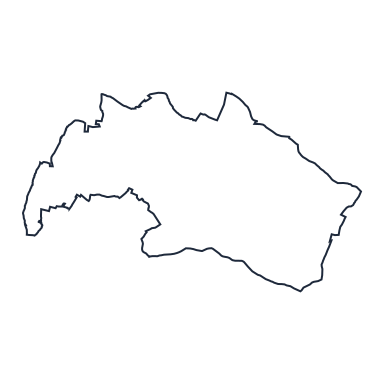 Borsa, Cluj, Romania (Mercator projection)
{"feature_id": "2599482B57968655519822", "entity_name": "Borsa", "entity_type": "district", "adm_level": 2, "iso_a3": "ROU", "parent_name": "Romania", "parent_adm1": "Cluj", "projection": "mercator", "projection_center": [23.623, 46.919], "detail": "fine", "context": "isolated", "style": "outline", "palette": "slate", "viewbox_px": 384, "rotation_deg": 0, "n_neighbors": 0, "source": "geoboundaries", "source_scale": "gbopen_adm2", "svg_char_len": 5904}
<svg xmlns="http://www.w3.org/2000/svg" viewBox="0 0 384 384"><path d="M321.5,279.5L322.2,275.2L322.4,269.0L321.7,266.2L321.6,264.5L322.5,262.5L323.2,260.3L323.5,259.8L324.4,257.4L325.6,255.1L326.6,252.6L327.4,250.5L329.1,246.7L331.5,240.4L330.6,240.5L329.9,241.0L331.7,234.3L334.9,235.1L338.7,234.9L339.4,230.5L340.3,226.8L341.9,224.6L343.9,220.7L344.5,219.1L345.6,217.0L341.0,214.7L343.5,211.3L346.6,207.7L348.7,206.5L351.0,206.4L353.1,205.1L353.8,203.9L354.0,203.2L354.8,202.4L355.6,200.7L356.6,199.7L358.9,196.4L361.0,191.5L356.6,187.0L355.0,186.4L352.2,185.9L351.9,185.7L351.3,184.8L350.2,184.2L348.8,184.0L347.8,183.5L343.4,183.0L337.8,183.1L333.1,180.4L331.9,179.4L329.6,176.5L328.4,175.3L327.8,174.4L325.0,172.3L323.3,170.6L321.7,169.6L319.9,168.2L319.2,167.2L316.8,165.2L315.0,163.4L313.2,162.5L309.2,161.0L305.7,158.6L303.1,157.1L301.8,155.9L300.5,154.4L300.0,153.6L299.1,152.6L298.5,151.4L298.1,149.2L297.8,144.7L296.0,143.6L291.6,139.7L289.2,138.2L289.4,137.0L289.2,136.8L281.3,136.1L277.1,134.7L276.3,134.3L272.4,131.4L266.2,127.3L264.6,125.6L262.9,124.6L260.0,124.1L254.4,123.9L255.5,122.0L256.6,121.5L257.7,121.3L254.3,120.4L253.1,119.7L252.3,118.9L251.1,116.3L250.0,111.9L247.9,107.3L247.2,106.5L245.3,104.9L242.8,101.9L239.3,98.6L236.3,96.5L231.7,93.7L231.4,94.1L229.3,93.4L226.4,92.7L224.0,104.6L217.1,120.3L214.9,119.6L208.8,117.2L205.4,114.7L204.6,114.4L203.9,114.6L202.7,114.4L200.6,113.5L199.7,114.7L195.7,120.7L193.4,119.8L193.1,120.1L192.3,119.1L191.3,118.9L190.6,119.1L188.3,118.1L185.3,117.8L182.9,116.8L181.9,116.6L180.9,115.5L179.1,114.4L178.0,113.2L177.0,112.7L174.3,109.9L173.1,108.4L172.9,108.0L172.9,107.2L172.7,106.7L170.1,103.5L169.5,101.7L168.9,100.8L168.8,99.8L168.3,98.7L167.6,97.8L167.4,96.4L166.9,95.2L165.8,93.8L164.4,93.2L161.6,92.9L158.2,92.8L150.1,94.3L148.1,95.7L150.8,97.9L147.8,100.0L145.6,101.2L144.9,100.4L144.8,100.8L144.3,101.2L144.0,101.2L143.8,100.7L143.7,100.7L142.7,101.9L142.3,102.1L139.3,105.4L140.5,106.3L138.7,107.2L136.9,106.8L135.9,107.0L135.5,107.4L135.5,108.5L134.8,108.4L134.0,108.7L132.3,108.6L131.4,108.9L127.8,107.3L126.1,106.4L124.1,105.9L122.6,105.1L117.5,101.6L113.0,98.2L111.2,97.3L110.6,96.7L107.1,96.1L105.7,95.2L104.0,94.7L102.7,94.1L101.6,94.1L101.5,94.4L101.6,100.2L101.3,102.3L100.2,106.3L100.2,107.0L100.7,109.2L101.2,110.2L102.3,110.9L102.3,111.9L103.1,113.8L103.1,115.2L102.8,116.7L102.1,118.7L101.8,120.6L101.6,121.2L96.3,120.7L95.8,124.1L98.8,124.2L99.7,126.5L92.8,127.1L88.4,126.0L88.0,130.0L87.9,131.6L84.6,131.6L85.2,123.2L83.0,121.7L78.3,120.5L75.4,120.4L75.0,120.5L73.5,121.5L73.3,121.9L72.4,122.5L72.2,122.9L69.9,124.7L69.1,125.0L67.7,126.6L67.1,126.7L67.0,127.4L66.6,127.7L65.9,129.1L66.1,129.8L65.6,130.2L65.3,131.6L64.8,132.2L64.6,133.4L63.8,135.1L63.1,135.5L62.3,135.7L61.4,137.7L60.8,137.5L60.1,140.2L60.4,140.5L59.4,143.5L58.7,144.5L58.0,145.8L56.9,148.0L54.2,153.1L52.9,154.7L51.6,156.8L51.3,157.9L51.3,161.1L52.0,163.2L52.7,166.3L49.9,166.2L49.8,163.5L49.4,163.5L46.9,162.5L44.0,162.0L43.3,162.1L43.0,162.3L41.8,163.6L40.2,162.5L40.1,163.5L39.4,165.6L38.0,168.1L36.7,169.8L36.2,171.0L35.8,172.9L35.0,173.8L34.7,175.0L34.7,175.5L34.3,175.8L34.3,177.0L33.8,177.6L33.8,177.9L33.3,179.0L32.8,180.6L32.9,181.2L32.5,182.8L32.7,183.4L32.5,184.2L32.7,184.8L32.1,185.2L32.0,185.7L31.5,186.3L31.3,187.0L31.2,187.7L30.7,188.2L29.8,190.8L28.7,192.7L28.2,194.1L27.4,195.9L27.2,196.3L26.9,200.0L26.4,201.6L26.3,202.6L25.4,204.4L25.2,205.4L24.8,206.0L24.9,206.9L24.8,208.3L24.2,209.8L23.7,210.8L23.0,213.0L23.1,213.7L23.6,215.7L23.8,218.1L24.8,220.7L24.7,222.9L25.9,225.2L25.2,225.2L26.8,229.8L26.9,233.3L26.8,234.7L29.2,235.0L33.2,235.2L34.6,235.6L35.4,234.8L36.4,234.3L36.5,233.9L38.0,232.2L38.5,231.1L39.9,229.9L40.6,228.8L41.4,228.1L41.8,227.3L41.7,226.8L42.3,225.7L42.3,225.1L42.2,224.9L41.6,224.6L41.5,224.4L41.5,223.1L41.3,222.8L40.6,222.9L39.9,222.4L38.7,222.0L38.7,221.7L39.3,220.9L40.8,221.0L41.1,220.9L41.1,220.6L41.0,219.6L41.2,218.7L41.2,217.4L41.0,217.0L41.0,214.8L41.2,209.2L49.0,211.1L50.1,206.8L55.6,208.2L56.7,206.2L58.5,206.5L61.9,206.5L62.8,204.6L63.4,203.8L63.9,204.0L64.2,203.5L64.9,203.7L63.8,205.4L63.3,206.7L67.1,207.7L67.1,208.0L67.9,208.5L68.5,208.4L68.8,208.7L69.5,208.5L69.5,208.8L71.8,205.6L72.2,204.6L72.7,203.9L74.4,201.2L76.6,197.5L75.6,196.9L76.9,194.7L80.2,196.6L81.0,194.9L86.7,199.8L88.7,201.0L89.3,200.2L89.6,199.5L89.9,198.1L90.0,197.2L90.2,195.6L90.5,195.2L90.6,194.8L94.1,195.2L97.0,194.6L99.5,194.6L102.0,195.7L103.7,196.0L107.0,197.0L108.7,197.0L114.5,196.0L115.2,196.4L116.3,196.6L117.7,196.6L119.4,198.0L119.7,197.7L120.4,197.5L125.7,193.0L126.5,192.0L127.9,190.8L128.2,190.4L127.9,189.9L129.1,188.2L132.4,189.7L131.3,192.9L137.0,195.3L136.9,197.6L139.1,200.2L140.3,199.8L142.0,198.7L142.8,199.4L142.5,199.7L142.5,199.9L143.8,201.4L146.8,203.0L147.6,203.3L148.0,203.7L148.9,205.8L148.9,206.7L148.7,207.9L148.4,208.1L148.2,210.1L151.1,212.2L152.2,212.8L153.6,214.0L160.3,224.4L156.1,227.2L155.2,227.7L151.8,228.2L150.4,229.1L145.8,231.2L146.4,231.9L146.6,232.3L145.3,233.8L143.7,236.6L141.4,239.0L142.1,240.9L142.6,242.1L142.8,243.2L142.9,243.9L142.1,248.0L142.1,249.6L142.5,250.9L143.4,252.0L146.2,253.5L148.0,255.6L149.0,256.1L149.2,256.8L150.5,256.4L152.7,256.1L157.5,256.2L159.4,255.5L161.2,255.3L164.0,254.7L170.6,254.3L174.1,253.8L177.0,253.0L179.1,252.2L181.2,251.2L185.9,248.3L190.3,248.5L193.4,249.1L196.5,250.1L201.6,251.0L202.2,251.0L207.0,248.8L209.0,248.4L211.5,248.2L212.9,248.8L219.2,253.5L221.3,255.6L222.6,256.3L224.2,256.7L227.6,257.3L229.4,258.0L232.0,259.9L232.6,260.2L235.0,260.7L241.4,260.8L242.0,260.9L243.3,261.5L244.1,262.1L247.9,266.6L252.3,271.3L257.8,274.8L260.2,275.5L265.7,279.1L269.3,280.5L271.4,281.5L272.4,281.7L274.2,282.7L278.1,284.0L281.8,284.1L284.6,284.4L286.6,285.4L290.4,286.2L294.0,288.4L300.4,291.3L301.6,290.3L303.5,287.6L309.9,284.5L312.1,282.5L313.9,281.8L318.1,281.1L321.5,279.5Z" fill="none" stroke="#1e293b" stroke-width="2"/></svg>